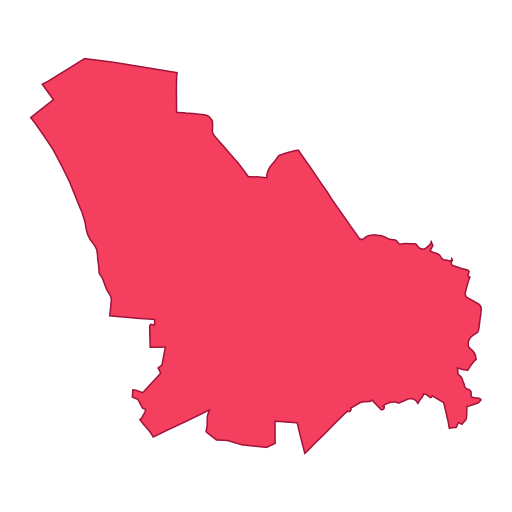 the district of 1er Arrondissement, Analamanga, Madagascar
{"feature_id": "10022922B83786714905046", "entity_name": "1er Arrondissement", "entity_type": "district", "adm_level": 2, "iso_a3": "MDG", "parent_name": "Madagascar", "parent_adm1": "Analamanga", "projection": "orthographic", "projection_center": [47.52, -18.904], "detail": "fine", "context": "isolated", "style": "filled", "palette": "rose", "viewbox_px": 512, "rotation_deg": 0, "n_neighbors": 0, "source": "geoboundaries", "source_scale": "gbopen_adm2", "svg_char_len": 6097}
<svg xmlns="http://www.w3.org/2000/svg" viewBox="0 0 512 512"><path d="M298.5,150.2L298.2,150.2L294.8,150.7L288.9,152.2L284.2,153.6L279.3,155.3L278.8,155.7L278.3,156.3L277.8,156.9L277.3,157.6L276.7,158.5L276.4,158.9L276.1,159.3L275.3,160.4L270.1,166.7L269.1,168.5L267.9,171.1L267.2,173.4L266.8,175.3L266.8,176.3L266.6,177.9L265.6,177.7L263.8,177.4L261.9,177.3L261.5,177.3L260.3,177.3L258.9,176.9L257.0,176.8L254.2,176.9L251.6,176.8L249.3,176.7L248.8,176.8L248.3,176.8L247.2,175.0L245.9,173.3L244.5,171.4L243.0,169.4L241.4,167.3L239.3,164.5L237.8,162.5L236.2,160.9L231.9,155.9L229.4,153.1L227.1,150.4L225.5,148.5L223.5,146.2L221.8,144.3L219.4,141.6L217.2,139.1L215.7,137.4L214.5,135.9L213.4,134.2L212.5,132.5L212.4,130.6L212.6,126.9L212.6,124.5L212.5,122.2L212.1,120.7L211.5,119.4L210.6,118.4L209.7,117.3L208.4,116.1L207.3,115.5L204.5,114.8L201.6,114.4L199.1,114.3L197.4,114.0L196.0,113.9L192.7,113.5L188.7,113.3L186.0,113.3L185.3,112.9L183.3,112.8L180.7,112.6L176.6,112.4L176.6,110.4L176.5,104.3L176.5,98.9L176.4,91.3L176.4,84.8L176.6,79.8L176.6,76.2L177.1,72.7L113.1,62.2L84.6,58.6L47.3,81.7L42.2,84.2L53.4,99.7L34.3,114.7L30.7,117.6L35.6,123.9L43.6,135.4L52.8,149.1L61.7,165.9L69.4,181.5L75.3,196.1L80.1,208.0L82.1,212.5L84.9,221.6L86.5,230.7L87.8,234.8L90.1,239.5L94.4,245.1L96.7,249.5L97.5,254.8L97.7,259.3L98.6,265.4L99.2,273.4L102.3,277.9L104.9,285.0L106.6,289.5L110.7,296.3L111.4,299.7L110.7,306.8L109.8,315.0L109.7,315.8L139.7,318.5L142.2,318.6L148.5,319.0L154.6,319.5L154.6,321.2L154.6,322.3L154.5,325.2L150.7,324.3L149.8,325.5L149.7,330.7L150.2,347.3L165.4,347.1L161.9,365.1L158.1,368.0L160.7,373.2L142.7,392.7L138.9,391.3L135.8,390.2L132.9,389.8L132.5,394.8L132.3,397.1L137.9,399.4L142.6,408.2L145.2,409.2L145.6,410.4L144.9,412.1L141.9,417.7L139.9,419.6L141.8,422.0L143.3,424.1L145.3,426.3L147.2,428.6L148.7,430.3L149.9,431.8L151.0,433.4L151.9,434.8L152.7,436.1L153.2,437.0L168.4,429.6L186.6,421.1L208.2,410.6L209.3,410.1L209.1,411.1L207.6,415.2L207.3,417.4L207.2,421.1L207.1,425.8L206.3,430.0L206.1,431.2L206.1,431.7L207.6,433.0L211.0,435.8L213.4,437.5L216.4,440.0L217.6,440.0L221.4,440.2L225.5,440.3L229.0,440.9L242.4,445.0L243.7,445.0L266.5,447.4L275.1,443.4L275.0,421.3L276.6,421.4L281.7,421.6L286.0,422.0L290.4,422.3L297.2,422.8L299.0,430.5L301.9,442.0L304.8,453.4L307.4,451.0L308.8,449.6L312.8,445.5L316.5,441.7L321.9,436.5L328.0,430.4L334.0,424.2L338.2,420.1L340.6,417.7L343.2,415.1L345.0,413.4L347.4,411.1L347.6,411.3L348.1,411.5L348.6,411.6L349.2,411.6L349.8,411.4L350.2,411.1L350.6,410.7L350.8,410.3L351.0,409.6L351.0,408.9L350.6,408.2L356.5,404.8L357.7,404.1L359.6,403.0L360.8,402.4L362.1,402.1L364.2,401.8L366.0,401.6L367.9,401.7L369.8,401.4L371.4,400.9L371.9,400.3L372.3,400.0L372.6,400.4L373.9,402.2L379.2,407.6L380.1,408.5L380.6,409.1L381.2,409.8L381.9,409.6L382.4,409.6L382.9,409.6L383.6,409.1L384.1,408.3L384.3,407.3L384.1,406.4L383.2,406.0L384.8,404.6L389.9,402.5L392.4,402.1L393.7,402.0L395.1,402.0L396.6,402.4L398.8,403.1L399.9,402.6L400.6,402.3L402.8,401.4L405.3,400.3L408.7,398.8L410.1,398.7L411.5,398.8L412.6,398.9L413.8,399.3L414.4,399.6L415.8,400.6L416.8,401.7L417.8,403.4L418.6,402.3L419.4,400.7L420.3,399.4L421.5,398.1L422.1,397.4L422.8,396.1L423.2,395.3L423.4,394.6L423.7,393.8L426.3,394.5L428.2,395.9L430.4,397.7L431.2,397.3L432.3,395.9L443.7,402.6L445.9,411.9L448.3,422.3L448.6,424.4L449.1,427.3L449.4,428.4L453.0,427.6L454.6,427.6L455.4,427.5L456.0,427.5L456.3,427.3L457.1,425.5L457.9,423.7L458.4,422.5L458.7,422.7L461.9,424.3L463.7,422.2L465.4,420.3L465.9,419.6L466.3,418.5L466.5,417.3L466.8,411.9L466.8,409.6L467.0,406.6L477.0,403.4L478.2,402.8L478.8,402.3L481.0,399.9L480.1,398.8L479.4,398.5L478.7,398.2L478.3,398.2L476.6,398.1L475.2,397.8L473.4,397.6L472.1,397.1L471.2,396.6L471.2,395.8L471.1,393.3L471.1,391.8L470.3,390.7L469.8,390.1L468.8,389.5L467.9,389.3L466.9,388.9L466.2,388.5L465.1,387.6L464.6,386.2L464.4,385.7L464.3,384.5L462.8,381.1L462.7,380.6L462.3,379.2L461.9,378.2L461.8,377.9L460.4,376.2L459.5,375.4L458.0,374.3L458.0,372.7L457.8,370.6L457.3,368.0L459.7,368.6L462.2,369.5L465.4,369.9L467.7,370.3L468.2,369.5L469.7,367.0L471.2,364.9L472.4,363.4L474.0,361.4L475.8,359.6L476.2,359.5L475.8,357.7L475.5,355.7L475.0,354.1L474.2,352.7L473.0,351.0L471.3,349.5L469.8,348.2L469.2,347.4L468.6,346.6L468.3,345.7L468.2,344.7L468.2,342.3L468.3,341.9L469.2,339.6L470.3,337.8L470.8,337.1L472.5,335.7L476.0,333.3L476.9,332.9L478.1,331.3L478.4,330.6L478.9,328.5L479.4,324.6L480.0,319.2L480.6,315.7L480.9,313.2L481.1,310.6L481.2,309.9L481.3,308.5L481.0,307.3L480.5,306.0L479.7,305.1L478.8,304.1L476.8,303.0L474.5,301.6L470.8,299.6L466.5,297.2L465.7,296.0L465.2,294.4L465.2,293.5L465.4,292.4L466.5,287.9L467.7,283.6L469.3,278.2L470.0,277.3L468.2,276.2L468.1,274.8L468.6,273.4L469.1,271.5L468.6,271.0L467.9,270.2L466.9,269.8L465.8,269.5L464.5,269.3L462.6,268.8L461.2,268.5L460.2,268.0L458.5,267.4L456.7,266.8L454.8,266.2L453.6,265.7L452.4,265.4L451.8,265.1L451.5,264.3L451.3,263.8L451.4,263.2L451.4,261.9L451.5,261.4L452.1,260.9L452.4,260.2L452.2,259.3L451.8,258.7L451.7,259.3L451.4,260.0L451.0,260.8L450.6,261.1L447.8,260.5L446.6,260.1L445.3,260.0L443.9,259.8L442.3,259.1L441.0,257.1L439.3,254.8L437.5,253.8L435.3,252.9L433.4,252.5L431.9,251.8L430.2,251.0L431.1,248.9L432.9,245.6L431.7,243.0L431.2,241.7L430.8,242.9L430.4,243.8L429.6,244.9L427.1,247.1L425.4,248.5L423.9,249.1L421.9,248.9L420.8,248.6L419.7,248.2L419.1,247.8L418.7,247.4L416.3,244.4L415.8,243.9L415.1,243.8L412.7,243.7L408.9,243.7L405.7,243.5L403.9,243.7L400.6,244.1L399.4,243.9L398.7,243.4L398.0,242.7L397.1,241.3L396.0,240.5L395.1,239.9L394.2,239.8L392.0,239.7L390.5,239.3L389.2,239.3L388.2,238.8L385.9,237.5L383.6,236.5L382.4,236.1L381.1,235.6L379.6,235.5L378.2,235.4L375.7,235.0L374.0,234.9L372.0,235.1L370.0,235.4L368.5,235.7L367.6,236.1L366.7,236.4L363.0,239.1L362.1,239.8L361.9,239.6L361.5,239.2L361.1,239.0L360.5,239.0L359.7,239.1L352.9,229.3L350.6,226.3L346.7,220.5L341.7,213.4L340.7,212.0L336.9,206.6L331.5,198.8L327.2,191.9L321.7,184.1L319.2,180.5L315.2,174.5L312.5,170.5L308.8,165.1L307.1,162.8L300.2,152.9L298.5,150.2Z" fill="#f43f5e" stroke="#9f1239" stroke-width="1.5"/></svg>